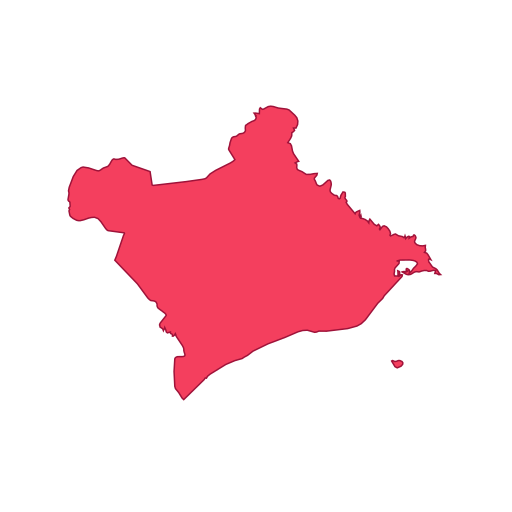 the Autonomous Region of Atlántico Norte, rotated 54°
{"feature_id": "NIC-657", "entity_name": "Atlántico Norte", "entity_type": "Autonomous Region", "adm_level": 1, "iso_a3": "NIC", "parent_name": "Nicaragua", "parent_adm1": "", "projection": "robinson", "projection_center": [-84.139, 14.031], "detail": "fine", "context": "isolated", "style": "filled", "palette": "rose", "viewbox_px": 512, "rotation_deg": 54, "n_neighbors": 0, "source": "natural_earth", "source_scale": "10m", "svg_char_len": 5769}
<svg xmlns="http://www.w3.org/2000/svg" viewBox="0 0 512 512"><g transform="rotate(54 256 256)"><path d="M139.3,173.6L140.0,172.5L142.8,169.6L139.2,166.8L138.6,165.4L140.5,164.8L141.2,164.5L141.6,163.6L142.3,158.3L143.4,156.1L145.1,154.3L145.3,154.1L147.3,152.6L149.5,150.9L155.3,144.7L157.3,143.4L164.8,141.9L168.1,141.7L171.4,142.8L174.1,145.1L176.0,148.5L175.6,148.9L174.6,150.3L174.5,150.5L177.0,150.9L177.4,152.6L177.3,154.5L179.8,156.5L181.1,158.8L183.0,163.7L185.3,162.2L187.7,162.5L192.6,164.8L195.4,165.5L204.5,165.8L204.1,166.8L203.7,169.6L205.6,169.0L206.9,169.8L208.2,171.0L210.1,171.7L211.5,171.2L214.8,169.2L219.5,167.4L221.8,164.2L223.5,160.6L225.2,157.9L226.4,159.3L227.3,163.0L228.2,163.7L230.1,163.9L233.2,164.7L234.6,164.8L237.1,163.3L237.8,160.2L237.1,153.4L237.8,151.7L239.4,151.6L241.1,152.3L242.3,153.0L243.2,153.9L246.2,157.4L247.7,158.1L249.6,158.0L252.6,157.0L253.4,156.5L253.9,155.8L254.5,155.2L255.6,155.0L256.7,155.2L257.3,155.5L257.8,155.6L258.7,155.0L258.7,153.9L257.6,152.7L256.7,151.4L255.3,148.0L256.6,146.7L257.5,146.7L260.4,148.7L260.7,149.4L261.2,149.9L262.5,150.1L264.6,150.0L265.3,150.4L265.5,151.5L267.7,151.8L280.1,151.0L279.4,149.9L279.4,148.5L280.1,145.3L281.6,146.2L283.6,148.6L285.2,149.1L285.0,148.5L284.4,147.1L285.3,147.5L285.8,147.7L286.3,148.1L287.0,149.1L288.5,147.6L290.7,146.2L293.2,145.3L295.5,145.3L294.6,144.5L293.9,143.8L293.1,142.2L300.0,141.7L302.6,140.5L302.4,138.3L304.0,138.2L305.3,138.4L306.2,139.1L306.7,140.3L307.6,140.3L306.4,136.2L306.9,134.6L309.2,133.3L311.7,133.0L314.5,133.1L316.8,133.9L317.9,135.4L318.8,135.4L319.3,133.6L319.6,131.7L320.2,130.2L323.3,128.9L326.4,126.1L328.2,125.5L327.9,125.0L327.6,124.0L327.3,123.6L329.2,124.2L329.9,124.6L329.5,122.6L329.7,121.0L330.4,120.4L331.6,121.6L331.7,119.4L331.9,118.6L332.5,117.6L331.7,116.2L332.1,115.5L333.4,115.3L335.0,115.7L335.7,116.4L337.2,119.0L338.4,119.7L341.3,119.3L343.8,117.6L345.8,115.2L347.0,112.7L348.6,114.1L350.2,114.8L351.5,115.7L352.1,117.6L354.0,116.2L356.2,116.1L361.7,116.7L360.2,117.5L360.1,118.3L361.0,119.0L362.6,119.7L363.1,119.6L368.6,119.7L371.9,118.0L373.7,117.6L377.9,117.9L379.5,117.6L378.6,119.1L376.3,120.2L375.2,121.6L373.4,119.2L371.9,120.8L370.7,123.9L369.7,125.5L368.1,126.4L366.6,128.4L365.5,130.9L365.0,132.8L364.7,133.5L363.1,135.2L362.5,136.3L362.1,137.6L361.9,140.7L361.6,142.1L360.6,143.9L359.1,145.2L354.8,147.1L355.1,146.2L355.4,145.6L356.5,144.2L356.5,145.2L356.9,144.4L357.1,143.8L357.3,143.1L357.3,142.1L356.3,142.8L355.9,142.9L354.8,142.1L354.8,141.2L356.3,140.5L357.7,140.2L358.9,140.8L359.9,142.1L359.8,139.4L358.5,135.7L358.1,132.8L357.3,130.0L355.5,129.5L353.5,130.3L352.0,131.4L349.6,133.9L344.0,141.8L342.7,145.2L343.9,143.8L344.4,143.2L346.1,144.7L347.4,150.6L348.3,151.9L349.9,153.0L351.7,154.9L353.6,155.6L355.6,153.0L354.6,152.1L352.3,150.5L351.3,150.0L352.7,149.2L354.1,149.6L355.5,151.0L356.5,153.0L356.4,149.7L357.3,148.7L358.4,149.9L363.4,175.0L363.6,175.8L364.8,178.5L365.8,185.3L371.9,205.0L372.6,210.6L372.0,215.5L368.6,224.5L358.2,243.2L353.7,249.3L353.1,251.7L352.2,253.4L346.2,258.1L343.7,262.0L342.0,266.6L339.0,279.9L334.1,297.9L331.2,314.3L331.4,321.3L330.9,324.7L330.8,327.5L328.2,334.6L326.0,344.1L324.6,362.5L324.8,365.9L325.7,367.9L324.8,368.8L325.5,370.6L329.7,398.9L327.4,399.3L321.1,398.8L316.0,399.1L313.7,398.3L301.3,390.2L291.9,382.5L291.3,381.9L291.0,381.3L290.9,380.6L291.0,379.7L291.2,378.9L291.7,378.1L294.0,374.9L294.5,374.0L294.8,373.2L294.9,372.4L294.4,371.7L293.4,371.2L291.3,370.5L290.0,369.9L289.0,369.2L287.7,368.6L285.3,368.2L275.1,367.8L273.2,367.6L272.7,367.2L271.4,366.9L272.1,368.6L272.2,370.0L271.7,370.7L270.6,369.9L269.7,369.9L268.6,370.6L268.0,370.5L267.2,369.9L266.1,372.9L264.6,373.2L262.7,372.4L260.3,371.9L261.0,372.7L261.6,374.1L262.0,374.8L260.1,374.3L257.0,375.4L256.0,374.8L255.1,374.6L254.4,373.7L253.9,372.7L251.5,364.2L251.2,363.5L250.2,363.2L248.5,363.4L240.9,365.8L239.7,365.8L238.2,365.4L237.4,364.7L236.6,364.3L235.9,364.1L235.0,364.0L234.1,364.0L233.2,364.4L231.9,365.4L230.3,367.2L228.8,367.8L226.3,368.2L208.8,368.3L176.4,372.7L174.1,368.9L161.5,351.1L160.8,349.7L160.4,349.1L159.8,349.0L148.5,360.8L147.3,361.3L145.4,361.5L137.1,361.3L132.9,361.8L129.7,363.9L128.1,366.5L127.0,369.0L125.5,374.0L124.0,377.6L122.9,379.0L121.7,380.1L118.1,381.9L114.8,382.8L113.5,382.6L109.6,380.8L108.7,379.4L107.2,379.2L107.0,378.9L106.8,377.6L106.6,377.2L106.1,376.8L104.4,375.8L103.4,375.1L102.9,375.0L102.5,374.9L101.8,375.2L101.1,375.3L100.7,375.2L100.3,375.2L100.0,375.0L99.7,374.8L96.1,371.1L95.4,370.5L94.8,370.1L93.1,369.4L90.6,366.7L84.3,357.1L81.6,350.5L81.7,345.5L82.4,343.6L86.3,339.7L93.1,334.8L94.5,333.5L94.9,332.4L95.1,331.1L95.0,330.4L95.1,327.8L96.4,323.3L96.2,322.0L95.6,320.0L94.8,318.4L93.8,316.0L93.7,314.7L93.9,313.9L95.2,312.9L96.1,311.7L97.1,310.0L98.2,306.6L98.8,305.3L99.4,304.5L109.5,303.0L109.8,302.9L125.1,292.3L125.5,292.1L137.5,298.3L138.1,298.0L138.7,297.3L154.7,268.9L162.3,254.6L163.5,251.9L163.7,250.2L162.6,244.9L163.0,238.3L165.7,221.9L165.9,218.4L165.6,216.4L154.4,215.6L153.5,215.4L152.9,214.9L151.1,212.5L149.0,210.3L146.6,206.9L146.2,205.9L146.2,204.9L146.4,204.0L147.4,202.0L147.6,201.3L147.4,198.2L147.6,197.3L149.0,194.6L149.2,193.2L149.0,192.1L148.6,191.2L148.0,190.6L146.2,189.5L144.5,188.0L144.3,187.7L144.2,187.2L144.3,185.9L144.2,184.7L144.3,183.8L144.5,182.3L144.6,181.7L144.6,180.8L144.8,180.0L145.4,177.9L145.4,177.0L145.2,176.1L144.9,175.5L144.6,175.0L144.2,174.6L143.9,174.4L143.0,174.2L142.4,174.1L142.5,173.6L139.3,173.6ZM425.1,201.1L427.2,199.9L428.8,200.0L429.9,201.1L430.4,203.5L429.5,207.5L427.2,208.6L420.6,208.0L420.0,207.9L420.5,207.9L420.9,207.8L421.0,207.5L420.9,206.9L423.0,205.7L423.8,204.1L424.2,202.4L425.1,201.1Z" fill="#f43f5e" stroke="#9f1239" stroke-width="1.5"/></g></svg>